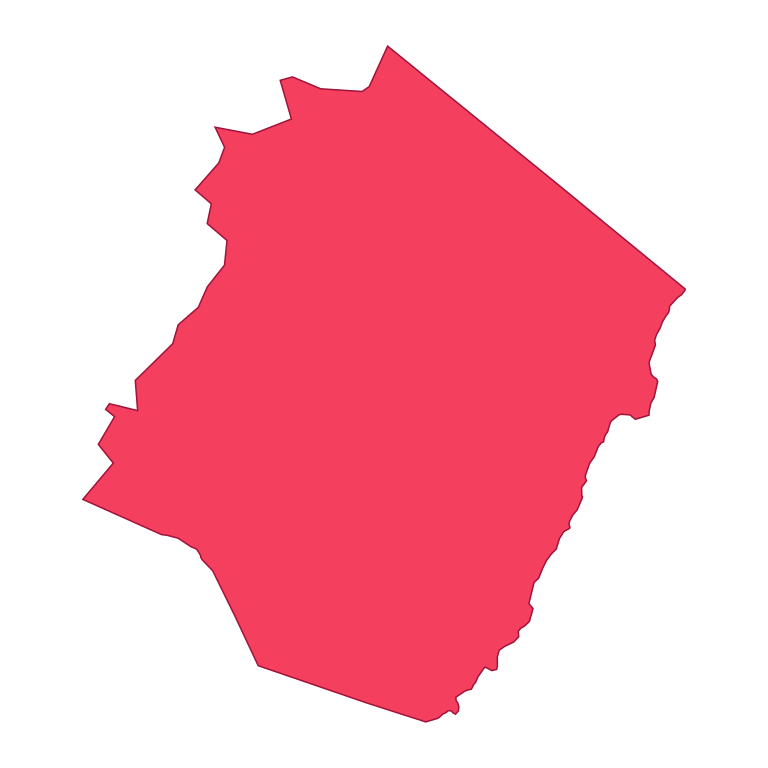 Pendleton, West Virginia, United States of America
{"feature_id": "52423323B58976878899916", "entity_name": "Pendleton", "entity_type": "district", "adm_level": 2, "iso_a3": "USA", "parent_name": "United States of America", "parent_adm1": "West Virginia", "projection": "robinson", "projection_center": [-79.275, 38.685], "detail": "fine", "context": "isolated", "style": "filled", "palette": "rose", "viewbox_px": 768, "rotation_deg": 0, "n_neighbors": 0, "source": "geoboundaries", "source_scale": "gbopen_adm2", "svg_char_len": 2007}
<svg xmlns="http://www.w3.org/2000/svg" viewBox="0 0 768 768"><path d="M82.8,499.4L161.5,534.6L167.1,535.3L178.1,538.2L191.2,546.9L195.6,548.6L196.3,549.2L197.0,549.7L200.6,555.5L200.8,557.4L202.1,559.7L212.7,570.8L234.7,615.6L258.2,665.7L366.6,702.9L425.7,721.9L438.1,718.2L440.5,716.3L442.6,714.2L446.5,712.3L447.8,710.9L450.0,710.7L451.6,711.2L452.9,712.8L455.5,714.2L458.4,710.9L458.9,706.7L458.3,705.1L458.0,703.4L456.1,700.5L455.9,698.2L455.8,697.4L456.3,696.9L464.1,691.6L466.7,690.3L471.4,689.2L473.5,684.9L475.5,682.4L476.0,681.4L477.8,677.1L484.6,667.3L486.0,667.5L491.8,670.6L496.6,669.5L497.4,666.0L497.3,656.9L499.3,650.1L505.0,646.2L507.9,644.9L513.9,641.9L515.3,640.4L518.7,636.8L518.3,631.5L520.6,628.3L524.6,626.1L529.3,621.5L529.9,619.9L530.2,618.2L532.0,612.6L532.0,612.2L533.0,608.4L528.9,603.6L534.1,582.4L538.6,578.3L543.1,567.3L546.7,560.2L551.3,554.0L556.3,549.0L559.5,538.5L563.8,531.6L565.6,530.6L566.0,530.4L569.6,528.4L569.9,527.0L568.9,524.1L569.7,521.0L572.6,515.4L573.3,514.5L577.2,509.8L582.1,498.4L582.5,496.4L581.8,495.7L581.6,487.4L586.5,480.8L585.3,477.5L585.5,475.0L589.6,463.4L594.0,457.1L594.2,456.9L598.4,446.3L601.4,442.8L603.6,441.8L604.1,438.5L604.8,436.4L605.6,434.8L605.7,434.3L607.6,431.9L610.2,423.0L611.5,420.8L619.1,414.8L621.2,414.3L630.0,414.9L635.3,419.3L649.0,415.2L649.2,411.1L650.9,403.0L654.1,397.5L657.7,381.7L656.5,378.9L653.9,377.3L651.2,374.3L649.6,366.0L649.3,364.9L649.1,362.2L655.4,345.2L654.7,340.1L656.5,334.6L660.1,328.2L662.4,322.0L665.6,316.5L668.3,312.9L669.4,309.8L669.6,306.2L677.5,297.6L681.4,294.8L684.9,290.5L685.2,289.0L606.8,224.7L562.5,188.2L387.6,46.1L369.2,86.6L362.1,91.5L320.7,88.8L292.5,76.9L280.2,80.3L291.4,119.0L252.3,134.3L215.1,127.2L224.6,147.3L218.8,162.9L195.1,189.9L211.3,203.8L207.2,223.6L227.0,240.5L224.5,265.1L207.3,286.9L198.3,307.3L178.2,324.8L172.7,343.7L135.3,380.4L137.6,410.6L109.4,403.7L105.6,409.4L114.6,416.6L98.3,444.4L113.3,463.1L82.8,499.4Z" fill="#f43f5e" stroke="#9f1239" stroke-width="1.5"/></svg>